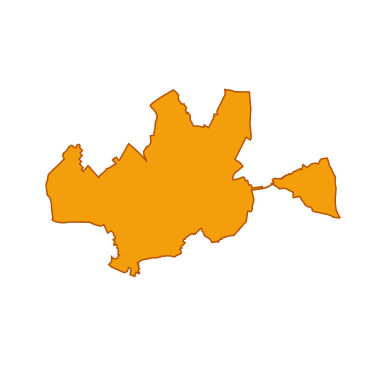 the district of Satu Mare, Satu Mare, Romania, rotated 52°
{"feature_id": "2599482B28482924901010", "entity_name": "Satu Mare", "entity_type": "district", "adm_level": 2, "iso_a3": "ROU", "parent_name": "Romania", "parent_adm1": "Satu Mare", "projection": "equal_earth", "projection_center": [22.859, 47.796], "detail": "fine", "context": "isolated", "style": "filled", "palette": "amber", "viewbox_px": 384, "rotation_deg": 52, "n_neighbors": 0, "source": "geoboundaries", "source_scale": "gbopen_adm2", "svg_char_len": 5946}
<svg xmlns="http://www.w3.org/2000/svg" viewBox="0 0 384 384"><g transform="rotate(52 192 192)"><path d="M114.3,309.8L119.3,313.3L126.5,317.4L127.3,318.4L127.7,319.4L130.6,318.3L134.8,314.9L137.4,311.8L138.9,309.5L139.4,308.1L140.3,306.9L152.9,291.1L153.1,291.1L157.0,289.2L160.1,287.0L162.8,284.8L163.5,281.5L172.4,283.7L172.8,280.6L172.7,279.8L173.5,279.4L174.5,279.4L175.8,279.1L176.8,279.9L178.0,280.4L179.7,280.0L181.1,280.5L181.4,280.9L181.2,281.6L180.9,282.0L181.1,282.8L180.9,283.4L181.6,283.7L182.9,283.3L183.7,283.9L184.3,283.9L184.8,284.9L185.0,286.0L185.6,286.2L186.3,285.8L186.5,285.6L186.4,284.7L186.5,284.3L186.8,284.0L187.4,284.0L188.8,284.4L189.4,285.3L190.0,285.7L190.4,285.7L191.2,285.3L192.3,285.9L192.7,285.9L193.1,286.4L194.5,287.7L195.9,288.9L196.8,288.0L197.8,290.8L198.0,292.3L197.6,293.3L196.0,294.9L193.5,295.2L196.8,297.9L197.3,298.1L197.9,302.3L201.1,301.8L213.5,295.3L213.9,295.0L214.7,292.4L214.6,291.8L214.1,290.8L212.5,288.5L214.8,287.4L215.4,287.4L219.1,291.7L223.3,289.0L220.7,285.9L223.9,283.8L223.2,283.0L222.5,282.9L222.1,283.4L221.8,283.6L221.5,283.5L221.4,283.5L221.1,282.5L220.6,282.4L220.2,282.0L220.1,281.6L220.3,280.7L218.9,280.3L218.2,280.5L217.6,280.1L217.4,279.3L217.2,279.2L216.4,279.5L215.7,279.4L215.5,279.0L215.8,278.6L215.4,278.3L214.5,278.6L214.2,278.6L214.5,277.1L214.7,273.5L215.2,272.4L219.2,264.2L220.3,262.5L221.4,261.4L222.6,259.3L224.0,256.1L224.6,254.2L225.9,252.9L226.5,251.4L229.4,248.1L232.0,246.2L232.4,245.3L232.5,245.1L232.5,243.5L233.7,238.2L231.8,237.1L231.5,237.0L229.9,237.0L229.9,234.7L229.2,235.0L228.7,235.0L228.1,230.5L227.7,228.6L225.3,229.4L224.2,228.0L224.9,226.3L224.2,226.3L224.5,217.8L225.1,217.8L225.2,216.9L226.4,216.9L226.4,215.6L227.1,215.5L226.3,209.6L226.4,207.3L231.4,208.2L232.8,208.7L234.4,209.0L235.6,208.6L237.6,207.6L239.5,207.0L241.4,207.0L244.0,207.5L245.5,205.0L245.3,204.7L245.7,204.0L247.7,202.0L246.5,201.6L247.3,197.9L246.6,197.8L247.4,194.4L247.7,194.4L248.6,191.8L248.8,191.8L250.2,188.5L251.2,186.7L251.8,186.0L252.0,185.9L249.5,172.1L249.2,171.1L249.1,169.4L248.6,167.1L248.1,166.8L241.5,160.2L241.9,159.3L243.3,158.4L243.9,157.5L242.7,155.1L240.1,153.2L238.6,150.8L237.1,149.0L236.1,148.1L232.0,146.0L226.9,143.8L228.0,142.6L232.6,134.6L232.9,133.7L234.7,129.6L235.3,124.6L236.1,123.0L236.9,123.2L239.1,122.2L242.3,121.4L243.3,121.3L246.3,116.3L254.2,112.7L254.5,112.3L256.8,114.5L258.9,115.7L261.9,109.7L262.3,109.9L266.3,110.5L267.1,110.5L268.1,110.1L270.3,110.7L271.1,110.7L272.5,110.6L275.2,109.6L276.5,108.2L277.7,107.8L279.2,107.7L279.6,107.9L280.1,108.4L280.8,108.6L282.5,107.9L293.3,98.9L296.5,97.0L299.4,95.7L303.3,91.7L303.3,91.2L299.0,90.6L295.4,89.6L294.0,89.0L288.1,85.4L285.2,83.0L278.1,76.5L276.3,75.4L272.5,73.5L270.9,71.8L269.1,70.3L267.4,69.5L264.1,69.2L259.4,67.8L256.2,67.6L251.5,65.5L248.5,64.6L246.5,68.0L245.5,70.3L245.5,70.7L247.5,75.2L245.0,77.3L243.8,79.9L243.5,80.8L243.4,82.2L243.6,86.3L238.9,87.6L239.2,88.2L242.0,91.8L240.9,92.4L239.9,92.7L240.2,93.5L239.5,95.8L238.8,99.3L238.6,99.7L238.6,100.2L238.9,100.8L238.9,101.9L238.5,103.0L237.6,104.2L238.2,104.3L237.2,106.6L236.5,107.6L236.8,107.8L236.8,108.0L236.7,108.5L236.7,109.0L236.3,110.0L236.7,110.0L236.7,111.2L236.2,112.1L236.7,112.1L236.7,113.0L236.5,113.6L234.6,115.6L234.1,116.5L232.2,118.5L231.9,119.2L232.0,121.3L235.0,121.9L234.6,123.2L234.0,124.1L235.2,124.6L234.4,129.7L232.5,134.1L231.0,133.3L226.0,142.1L222.9,141.1L221.4,142.9L217.1,141.1L216.3,143.0L215.0,142.5L213.2,142.0L211.6,142.4L210.7,146.1L210.3,146.5L209.5,148.9L208.1,151.6L207.5,152.1L206.7,151.6L206.0,151.6L203.5,147.3L203.2,136.2L198.5,136.1L192.8,138.1L182.2,115.6L186.9,114.0L186.3,112.8L185.7,112.1L184.4,111.0L173.4,104.0L162.5,94.3L157.3,91.1L150.9,86.8L148.4,85.2L143.3,91.8L142.8,92.3L142.7,92.2L138.8,97.3L137.5,97.3L137.3,97.5L131.4,103.0L135.5,105.7L143.5,122.4L146.5,124.3L144.3,126.4L144.3,126.6L145.7,128.3L146.3,128.1L151.5,139.4L146.7,141.1L148.4,142.7L143.1,147.3L141.4,149.9L140.2,150.2L138.5,149.9L136.7,149.2L135.5,149.4L134.8,149.2L132.8,148.2L132.1,147.3L131.2,146.7L129.9,146.3L129.7,146.1L128.6,146.5L127.8,146.4L127.2,146.1L126.7,146.1L126.5,146.7L127.0,147.5L126.6,148.1L126.4,148.1L125.6,147.6L125.3,147.2L123.6,146.9L123.3,146.5L123.1,145.5L122.8,145.1L122.5,144.7L121.8,144.4L120.1,144.4L119.3,144.7L117.8,144.0L117.1,145.1L115.8,146.0L113.4,146.0L113.2,146.1L111.4,145.6L110.7,145.7L109.5,145.3L109.2,144.6L108.6,144.1L107.7,143.1L104.6,142.9L102.4,143.5L100.4,143.7L99.9,144.3L99.7,146.7L99.3,148.4L99.3,149.0L99.5,149.7L99.4,150.2L99.4,150.5L99.1,150.6L98.1,158.9L97.6,168.5L98.0,171.6L100.6,171.9L105.2,171.4L107.3,171.7L109.6,172.3L110.6,172.7L111.2,173.2L112.1,174.0L114.3,177.5L115.2,178.5L119.3,182.3L123.0,186.7L123.8,187.3L122.1,190.2L127.5,193.8L128.2,195.4L128.7,196.7L129.0,197.0L129.1,198.0L128.9,198.9L128.1,199.6L128.9,201.1L130.2,205.0L130.9,205.5L131.5,206.0L133.5,207.2L134.4,207.5L137.1,207.8L138.6,208.3L139.4,208.8L133.0,209.2L127.1,209.9L120.8,210.9L115.0,212.2L122.3,229.8L121.6,230.4L118.3,230.1L118.0,231.2L117.5,231.5L117.9,232.7L117.8,233.4L117.6,233.9L117.8,234.9L123.2,234.6L122.7,237.0L122.2,238.2L122.4,239.7L122.4,240.7L122.0,241.9L121.8,243.5L121.1,245.4L122.0,247.0L122.2,253.5L122.4,254.7L123.1,256.5L118.4,257.0L114.2,257.2L109.6,257.6L109.6,257.3L107.3,257.7L108.8,265.2L106.3,265.2L105.9,262.9L100.5,263.2L99.9,260.4L96.6,260.8L95.6,256.0L92.5,256.3L91.8,252.8L89.1,253.1L88.5,253.4L87.2,252.6L87.0,252.2L86.6,251.7L86.1,251.5L85.3,251.6L84.6,252.1L84.2,253.3L84.4,254.2L85.5,255.6L85.6,255.9L85.3,256.5L84.4,257.4L83.6,257.6L82.3,257.5L80.7,258.6L81.1,261.2L80.7,261.5L81.1,261.7L81.4,263.5L82.4,265.8L82.3,269.5L82.7,269.9L82.7,270.1L83.0,270.6L84.7,271.9L85.6,272.1L87.2,272.2L87.8,276.8L88.0,276.9L88.3,277.3L88.0,278.1L88.6,282.6L88.8,286.4L89.8,294.4L94.2,299.3L95.9,302.0L98.2,303.9L102.3,306.1L105.0,307.8L108.5,307.6L110.5,308.0L114.3,309.8Z" fill="#f59e0b" stroke="#b45309" stroke-width="1.5"/></g></svg>